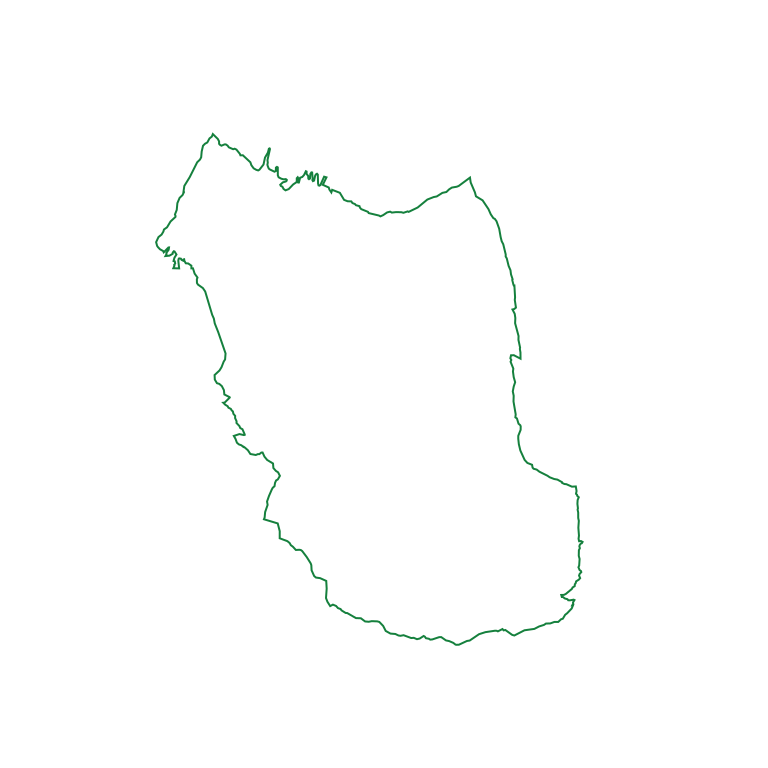 outline of Soimari, Prahova, Romania, rotated 116°
{"feature_id": "2599482B11828536886615", "entity_name": "Soimari", "entity_type": "district", "adm_level": 2, "iso_a3": "ROU", "parent_name": "Romania", "parent_adm1": "Prahova", "projection": "equal_earth", "projection_center": [26.208, 45.169], "detail": "fine", "context": "isolated", "style": "outline", "palette": "green", "viewbox_px": 768, "rotation_deg": 116, "n_neighbors": 0, "source": "geoboundaries", "source_scale": "gbopen_adm2", "svg_char_len": 6154}
<svg xmlns="http://www.w3.org/2000/svg" viewBox="0 0 768 768"><g transform="rotate(116 384 384)"><path d="M496.5,496.2L498.5,493.3L501.2,490.5L501.9,488.0L501.6,485.3L502.2,482.8L501.9,482.7L502.1,481.3L503.2,477.3L505.5,473.4L504.0,468.1L502.4,466.7L501.7,465.3L499.4,464.2L498.8,463.1L501.7,459.6L503.5,455.7L504.1,448.9L508.0,446.6L509.5,443.1L509.8,440.5L512.2,437.3L516.3,437.6L518.0,438.7L520.6,438.6L523.9,437.6L526.0,438.5L527.9,438.6L535.0,438.3L540.9,437.6L543.7,435.6L551.2,434.7L556.2,432.8L558.2,432.6L555.9,418.4L562.0,413.2L568.4,410.1L567.6,401.9L568.3,399.1L569.7,397.1L570.2,394.5L571.8,390.5L570.0,387.2L569.7,385.9L570.0,384.3L573.4,377.6L577.4,371.2L578.7,369.9L583.2,367.4L587.2,362.6L587.8,360.3L586.5,356.3L586.3,349.6L593.1,345.8L601.8,342.3L604.5,339.4L607.2,335.0L604.7,333.2L604.5,329.8L605.6,327.1L605.3,324.4L606.1,322.9L606.6,318.1L606.0,316.6L606.7,306.6L604.7,302.1L605.7,296.9L604.4,293.5L602.5,291.0L600.3,286.0L599.9,283.9L601.8,278.7L605.2,274.2L605.5,268.8L603.7,264.2L603.7,260.8L603.1,258.8L601.2,256.3L600.4,248.2L599.1,246.0L598.9,242.5L597.1,240.3L593.1,237.9L593.2,236.5L594.1,234.9L593.3,232.0L593.5,230.4L592.4,228.6L587.4,223.5L586.4,221.6L587.3,215.9L586.5,212.7L586.3,208.2L586.9,205.5L586.6,204.5L585.5,202.4L578.6,196.8L577.0,194.5L567.2,188.9L562.6,184.1L557.1,176.1L556.4,174.5L556.4,173.2L552.3,170.1L553.0,168.5L551.9,167.1L553.3,158.8L552.9,156.6L543.8,149.8L538.2,141.5L533.9,138.3L530.4,134.6L528.3,133.4L526.3,129.6L523.2,126.6L521.5,123.1L517.8,121.7L516.6,120.4L512.0,120.0L509.8,118.9L503.5,116.9L500.0,117.1L500.4,117.8L498.4,117.7L497.4,118.4L494.7,118.1L494.7,119.0L496.9,122.0L497.6,123.6L497.0,124.8L497.5,127.5L497.0,129.7L497.5,130.8L495.9,132.2L494.7,129.9L493.1,128.6L485.8,125.3L484.2,125.3L482.1,124.0L480.3,124.7L479.2,124.4L477.2,124.8L474.4,123.1L472.5,122.6L470.7,124.7L468.9,124.9L466.6,124.2L465.8,124.9L465.5,126.6L463.5,128.9L461.6,129.0L455.5,131.5L453.1,133.6L447.9,136.0L445.7,136.0L444.2,137.3L442.6,137.5L441.1,137.1L440.4,136.4L438.9,136.3L438.8,138.1L439.8,139.7L437.8,141.3L434.8,142.3L428.0,146.3L421.6,148.9L419.3,150.7L414.4,153.1L412.1,154.9L410.7,155.2L407.0,157.6L403.4,159.1L400.4,159.3L399.8,161.3L399.0,161.9L398.5,163.3L395.8,164.0L392.0,166.7L393.9,170.1L394.1,176.1L394.8,178.0L394.8,180.6L394.2,181.0L393.9,186.2L394.8,189.4L395.2,194.2L394.8,196.8L394.7,205.9L394.0,209.3L394.6,212.4L394.0,213.8L391.7,215.5L392.1,220.5L390.6,224.3L384.0,232.3L379.0,236.4L374.4,239.3L371.7,240.6L365.3,241.1L362.1,242.6L361.3,243.5L360.7,245.7L356.7,249.4L356.4,251.3L353.6,252.3L343.0,259.9L337.7,262.3L334.2,265.0L329.4,266.3L324.9,266.9L321.0,270.4L316.2,273.6L313.5,274.5L308.5,280.0L306.6,280.1L305.5,281.7L302.5,282.4L301.2,279.9L301.4,272.4L295.8,275.2L292.9,277.3L291.7,277.6L285.4,282.5L281.9,284.1L271.9,292.8L267.1,294.9L263.6,297.3L260.7,301.2L259.5,299.8L257.5,298.9L251.1,303.3L248.6,304.2L238.3,310.0L238.6,310.5L238.0,311.2L234.2,314.4L233.5,314.3L229.8,317.9L226.3,320.2L223.2,323.8L217.3,328.7L216.1,330.5L214.2,331.4L206.1,338.1L204.1,340.8L200.9,343.5L194.0,348.5L188.4,354.2L187.0,356.8L187.0,358.4L184.7,362.4L181.0,366.8L175.7,375.9L175.0,383.6L171.9,386.3L164.9,394.4L160.8,397.2L173.3,403.7L174.8,405.1L177.7,409.1L180.5,410.8L184.1,412.1L186.6,415.3L192.3,418.8L194.2,421.3L199.2,425.9L210.6,431.1L218.5,437.3L218.5,438.4L221.6,441.6L222.0,443.7L224.2,448.5L226.5,452.1L226.4,454.0L228.4,456.4L232.6,458.8L234.9,460.7L234.8,462.4L237.1,472.7L236.3,473.9L236.8,481.1L236.0,483.0L234.9,484.0L235.6,487.6L235.0,489.0L235.2,491.7L234.2,493.4L235.7,496.8L236.0,500.6L231.5,507.5L232.2,515.7L234.9,515.3L233.2,518.3L231.6,519.8L231.8,526.3L223.5,526.3L223.9,528.7L233.1,528.4L234.0,528.9L234.2,529.9L232.8,531.1L224.8,535.3L224.4,536.4L225.5,537.1L227.0,537.2L231.8,536.0L232.8,536.8L232.1,537.8L230.8,538.1L225.4,541.3L225.6,542.0L227.4,542.3L231.8,540.6L232.8,541.2L232.6,542.0L230.2,543.4L229.1,545.7L227.0,546.7L227.0,547.5L231.3,547.5L233.7,548.2L235.4,549.8L240.2,548.8L240.6,549.5L240.4,550.2L236.5,551.5L236.0,552.2L237.3,552.6L240.2,551.2L241.3,551.3L244.4,553.1L250.6,555.1L253.1,557.4L252.7,559.8L251.2,561.8L251.2,563.6L250.4,564.6L247.1,563.3L245.0,561.0L243.9,560.6L243.1,560.9L242.9,562.1L244.0,563.8L244.5,566.2L244.4,569.3L243.0,570.9L235.9,574.4L235.8,575.4L236.9,576.0L240.0,574.6L241.2,575.5L241.2,580.7L240.9,582.0L239.4,583.7L238.1,584.9L236.0,585.5L233.8,586.9L222.8,589.5L222.4,590.1L223.0,590.6L226.9,589.8L232.7,590.2L239.6,588.5L246.0,589.9L247.2,590.7L247.5,592.7L247.3,595.7L245.5,599.1L243.3,601.3L240.3,611.1L241.4,613.3L240.3,614.5L238.0,619.4L238.0,621.4L239.1,622.5L239.3,627.2L238.3,629.1L238.0,631.2L238.6,632.4L241.1,634.6L240.9,636.5L240.4,637.5L238.2,638.6L236.6,640.8L234.4,647.4L237.1,647.2L239.8,648.5L244.4,648.7L246.5,650.2L249.2,651.1L254.9,649.8L260.4,647.7L263.0,647.8L266.6,649.1L283.2,649.3L293.5,650.3L299.4,648.4L299.0,648.1L299.2,647.9L302.5,647.9L306.3,649.3L312.0,649.0L318.4,646.6L323.3,646.2L324.4,645.0L325.3,644.7L331.5,647.1L338.3,647.7L341.6,649.5L343.7,649.1L347.2,649.4L350.8,651.1L356.4,651.0L359.3,648.5L360.1,647.1L361.1,644.4L361.3,640.8L362.2,639.7L355.8,637.6L355.5,637.1L357.8,636.4L361.6,637.1L362.5,636.4L364.8,636.5L362.7,633.1L359.6,631.0L358.5,631.5L356.8,631.1L356.7,630.4L358.6,627.3L362.3,627.7L365.2,627.2L365.8,627.0L365.5,625.8L367.2,624.5L369.0,624.8L369.5,624.2L372.3,624.1L369.9,618.8L363.4,622.9L361.7,623.4L360.9,623.2L360.4,621.5L361.2,620.3L361.2,618.6L359.9,618.8L359.5,618.3L360.8,617.4L362.4,615.1L361.5,612.8L362.1,609.0L364.5,607.8L363.8,606.4L367.8,602.6L370.1,598.3L371.9,598.1L375.2,596.4L376.2,594.8L377.2,588.8L379.3,585.2L397.1,568.8L399.8,565.6L403.7,562.7L410.0,555.8L426.0,539.8L431.6,537.6L434.1,537.9L440.2,537.4L444.0,537.8L450.2,540.2L454.2,538.0L456.5,534.5L456.1,532.1L457.0,528.8L459.7,525.2L463.4,522.9L463.5,517.0L463.8,516.7L470.6,519.1L471.3,520.2L472.2,517.7L472.5,514.8L473.5,513.4L473.5,510.8L474.5,509.3L474.9,507.8L476.8,506.3L477.9,503.8L479.9,502.9L482.1,500.2L483.7,499.5L485.2,495.5L486.6,493.9L486.7,491.4L490.3,487.2L490.7,486.9L491.3,487.5L492.4,492.0L496.5,496.2Z" fill="none" stroke="#15803d" stroke-width="2"/></g></svg>